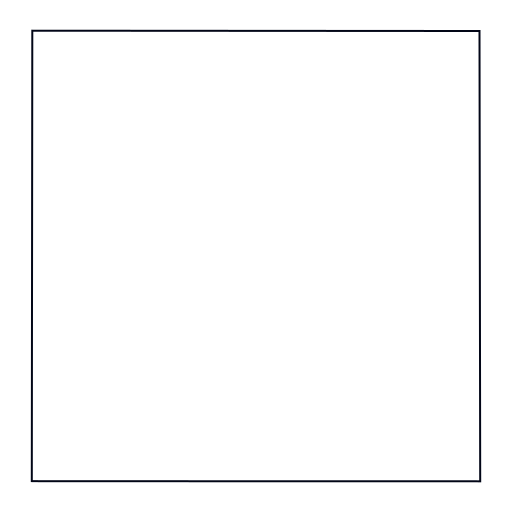 the district of Valley, Nebraska, United States of America
{"feature_id": "52423323B79614094129954", "entity_name": "Valley", "entity_type": "district", "adm_level": 2, "iso_a3": "USA", "parent_name": "United States of America", "parent_adm1": "Nebraska", "projection": "mercator", "projection_center": [-98.949, 41.567], "detail": "fine", "context": "isolated", "style": "outline", "palette": "ink", "viewbox_px": 512, "rotation_deg": 0, "n_neighbors": 0, "source": "geoboundaries", "source_scale": "gbopen_adm2", "svg_char_len": 205}
<svg xmlns="http://www.w3.org/2000/svg" viewBox="0 0 512 512"><path d="M480.2,481.3L479.5,31.0L472.8,31.0L32.3,30.7L31.8,481.1L40.8,481.2L480.2,481.3Z" fill="none" stroke="#020617" stroke-width="2"/></svg>